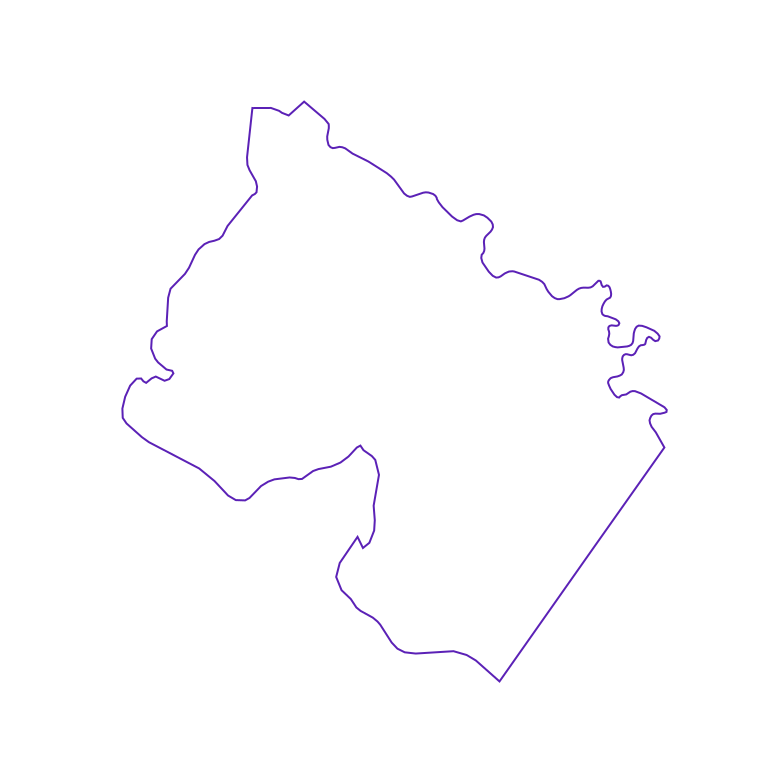 the Region of Gabú, rotated 125°
{"feature_id": "GNB-777", "entity_name": "Gabú", "entity_type": "Region", "adm_level": 1, "iso_a3": "GNB", "parent_name": "Guinea-Bissau", "parent_adm1": "", "projection": "albers", "projection_center": [-14.296, 12.118], "detail": "fine", "context": "isolated", "style": "outline", "palette": "violet", "viewbox_px": 768, "rotation_deg": 125, "n_neighbors": 0, "source": "natural_earth", "source_scale": "10m", "svg_char_len": 3886}
<svg xmlns="http://www.w3.org/2000/svg" viewBox="0 0 768 768"><g transform="rotate(125 384 384)"><path d="M577.2,300.6L569.5,312.5L556.0,317.6L524.4,318.0L530.4,307.2L522.5,304.9L509.7,308.0L500.9,313.4L489.6,322.7L461.3,336.0L451.2,347.6L450.0,352.6L450.0,362.8L448.0,368.0L451.6,369.8L463.8,371.5L473.3,374.6L482.2,380.1L491.3,388.9L496.0,392.2L508.8,396.7L511.0,399.5L512.1,403.1L514.7,407.7L525.0,419.1L530.5,422.9L538.1,426.2L554.5,428.8L559.0,431.0L564.1,438.8L564.8,447.8L560.7,467.2L559.2,487.0L566.5,543.2L566.4,551.8L564.0,572.3L561.6,578.6L554.2,584.2L542.9,588.7L530.9,591.0L521.5,589.7L518.8,586.1L519.8,582.6L519.5,579.5L512.7,577.6L508.8,575.2L507.2,565.6L503.1,562.7L496.1,562.6L494.7,565.1L496.9,570.5L495.9,581.4L494.5,586.0L488.5,595.1L480.5,600.0L471.1,600.1L461.0,595.1L457.3,597.9L437.1,610.3L428.4,613.5L408.0,610.2L400.6,610.4L386.6,612.9L380.1,613.1L372.4,611.3L367.9,608.7L363.9,605.1L359.8,602.2L355.1,601.3L344.3,602.8L305.2,600.2L302.5,598.8L300.1,598.4L295.1,601.2L291.4,605.3L286.0,616.7L282.9,621.5L276.9,626.2L233.4,650.1L233.3,649.9L222.7,634.9L220.4,626.6L220.4,623.1L218.7,616.1L198.5,611.4L201.0,584.8L202.8,578.4L204.3,577.2L206.2,575.9L213.8,572.5L216.5,570.5L220.0,566.6L220.7,563.7L220.2,561.3L218.7,559.6L215.3,556.5L214.0,554.0L213.2,550.9L213.3,541.9L210.7,524.4L209.7,502.7L210.1,497.1L210.8,493.0L216.4,476.8L216.6,473.1L215.9,470.2L214.3,468.6L204.8,461.6L203.0,459.7L201.6,457.3L200.2,452.7L200.3,449.9L201.2,447.7L202.2,446.7L203.8,443.3L205.6,437.5L207.8,424.3L207.9,418.0L206.7,414.3L204.8,413.1L197.9,410.0L194.0,407.7L192.0,406.0L190.2,403.5L188.6,398.9L188.5,394.7L189.4,389.3L190.9,386.5L193.0,384.7L195.5,384.1L198.1,384.1L203.9,385.2L206.2,385.3L208.4,384.7L210.4,383.6L215.4,379.4L217.4,378.3L219.7,377.8L222.1,378.1L225.0,376.6L228.0,373.0L231.9,362.6L233.0,357.0L232.5,353.2L231.0,351.4L229.0,350.2L224.2,348.5L222.1,347.3L220.2,346.1L218.8,344.5L217.8,343.2L217.1,341.7L209.7,316.8L209.6,313.0L210.2,310.0L212.9,305.3L214.2,302.3L215.7,296.7L215.7,293.4L215.0,290.6L213.7,288.8L210.3,285.5L206.3,283.1L204.3,282.3L196.3,280.0L194.1,279.0L192.2,277.6L190.6,275.8L188.0,271.9L186.4,270.2L184.3,269.1L176.5,267.6L175.8,266.6L175.7,265.5L176.1,264.9L176.9,263.9L178.1,262.4L178.8,260.3L177.6,259.0L175.5,258.2L174.9,256.6L175.4,254.7L176.7,252.9L178.2,251.2L179.9,249.6L181.7,248.6L183.5,248.3L187.1,250.1L189.6,250.4L192.3,250.2L195.1,249.7L197.7,248.7L199.8,247.4L201.5,245.2L201.7,243.6L201.4,241.9L200.2,239.6L198.1,231.3L198.2,228.1L199.2,226.1L201.0,225.7L202.1,226.1L203.3,227.3L205.4,231.2L207.1,232.6L208.9,232.7L210.6,231.6L211.9,229.8L213.6,228.3L215.9,227.2L218.4,226.4L221.2,223.8L222.1,221.0L222.0,218.1L221.1,215.7L220.0,213.6L213.8,206.4L212.1,205.0L210.1,204.0L207.9,203.9L205.8,204.6L199.3,208.4L197.2,209.2L194.8,209.9L192.2,209.9L190.1,208.9L188.3,205.9L187.0,201.5L185.4,193.1L185.8,188.7L186.9,185.6L188.9,184.6L191.2,184.5L193.3,186.4L193.4,188.8L192.9,191.8L193.4,194.0L195.2,194.8L197.5,194.5L201.3,193.0L202.3,193.2L203.6,194.3L205.0,195.9L207.0,196.7L209.6,196.7L214.8,196.0L217.1,196.6L218.7,198.0L220.3,202.2L221.0,203.2L222.5,204.1L224.4,204.3L226.3,203.6L227.7,202.7L233.1,197.1L234.9,195.6L237.1,194.8L239.8,194.7L241.9,195.7L243.9,197.1L247.0,200.2L248.4,201.2L249.3,201.7L251.5,202.0L252.8,201.9L253.7,201.6L254.6,201.0L256.2,198.7L258.1,195.5L260.6,189.1L261.1,185.6L260.2,183.6L258.5,183.4L256.7,182.7L253.6,179.6L249.0,177.8L247.2,176.3L245.9,174.3L244.3,168.0L242.2,140.9L243.1,137.5L244.9,136.6L246.6,137.7L250.0,140.7L252.6,144.7L254.2,146.2L256.4,146.8L258.9,146.5L261.4,145.7L263.6,143.5L265.6,140.2L267.7,133.6L275.2,117.9L396.4,118.4L561.4,118.8L557.8,150.2L558.6,160.9L563.0,173.8L586.6,203.4L591.9,213.1L593.1,221.2L591.4,229.4L583.3,249.1L582.3,253.1L581.8,259.2L583.3,273.0L582.9,278.5L579.2,287.8L577.3,300.3L577.2,300.6Z" fill="none" stroke="#5b21b6" stroke-width="2"/></g></svg>